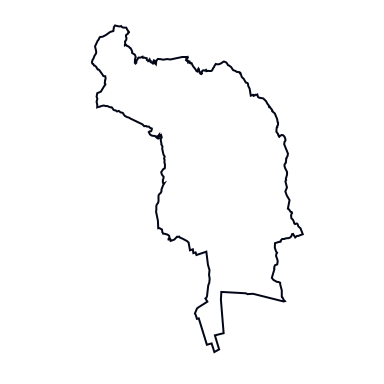 Turt, Satu Mare, Romania (Natural Earth projection), rotated 277°
{"feature_id": "2599482B52636092588365", "entity_name": "Turt", "entity_type": "district", "adm_level": 2, "iso_a3": "ROU", "parent_name": "Romania", "parent_adm1": "Satu Mare", "projection": "natural_earth1", "projection_center": [23.217, 48.001], "detail": "fine", "context": "isolated", "style": "outline", "palette": "ink", "viewbox_px": 384, "rotation_deg": 277, "n_neighbors": 0, "source": "geoboundaries", "source_scale": "gbopen_adm2", "svg_char_len": 6074}
<svg xmlns="http://www.w3.org/2000/svg" viewBox="0 0 384 384"><g transform="rotate(277 192 192)"><path d="M348.1,101.4L347.5,100.4L347.5,98.6L347.9,95.3L346.1,94.4L342.2,94.3L340.9,91.3L337.3,87.4L335.2,84.3L334.7,82.0L334.0,81.4L331.8,80.7L330.8,80.0L324.7,78.0L319.8,79.8L317.9,79.9L315.2,78.6L312.3,77.9L311.0,77.2L308.6,76.9L307.6,77.2L307.1,77.7L307.0,78.4L305.7,79.2L305.7,79.9L304.6,81.6L302.2,83.4L302.1,83.9L302.3,83.9L301.8,85.0L297.5,89.0L296.7,89.4L296.2,90.5L296.3,91.8L294.3,92.4L292.6,92.3L292.4,92.1L289.0,92.2L288.7,92.8L288.0,92.9L286.3,91.9L280.5,89.3L278.5,85.9L275.0,85.7L273.0,86.7L269.9,86.3L267.1,87.3L264.5,87.6L264.9,88.2L265.2,89.6L266.2,91.3L267.1,93.9L266.8,95.8L267.0,97.5L266.1,100.3L266.3,101.9L265.5,102.8L264.1,104.0L263.7,104.8L263.7,106.2L262.8,107.8L263.6,109.4L262.3,111.4L262.2,113.4L262.0,113.8L260.1,115.2L259.1,116.5L258.9,117.4L258.4,118.4L258.2,120.2L257.4,121.9L253.1,134.6L251.5,136.5L251.9,138.4L251.5,138.9L251.6,141.4L250.7,142.2L250.1,144.4L249.2,144.5L247.5,144.1L247.2,143.8L247.2,143.1L246.9,142.4L246.2,141.8L244.1,143.2L243.4,144.3L243.0,145.7L243.1,148.4L241.7,150.2L241.0,151.6L241.0,152.3L241.4,152.6L241.7,152.5L241.8,151.7L242.4,151.2L242.3,150.8L242.9,150.3L243.2,151.4L244.8,152.4L243.8,152.5L243.4,152.9L243.5,153.5L243.9,154.1L244.6,153.8L245.0,154.3L244.4,154.6L242.9,154.3L242.5,154.7L242.7,155.2L242.4,155.3L240.9,154.5L238.8,154.9L236.2,155.8L235.6,155.7L233.6,157.1L231.1,157.2L226.3,158.9L224.9,159.6L224.6,160.1L223.6,160.6L221.8,160.2L220.5,160.9L217.9,161.0L216.5,161.7L213.6,162.1L212.0,162.0L211.4,160.8L207.9,159.0L205.6,160.0L203.6,162.0L201.9,162.0L200.4,161.6L197.6,162.0L196.7,162.7L197.2,163.4L195.2,162.5L190.7,161.4L188.7,161.6L187.0,160.9L186.4,160.2L185.1,159.4L184.2,159.2L178.7,159.9L177.0,159.6L175.3,158.6L173.6,158.3L169.7,158.8L168.1,158.7L159.2,161.7L151.9,162.9L152.2,164.1L151.3,166.1L151.3,166.5L150.8,166.9L148.3,167.5L147.8,168.1L147.1,168.5L147.2,170.5L146.8,171.9L146.8,172.8L145.8,174.6L144.0,175.2L142.6,174.4L141.2,174.6L142.0,174.9L142.9,175.9L142.0,176.6L140.9,176.8L142.2,179.5L142.8,180.4L145.8,182.6L145.6,183.4L146.2,184.7L145.3,185.5L144.6,188.1L142.7,193.0L141.4,194.8L133.9,197.1L135.2,199.8L131.5,200.8L132.5,202.9L130.0,204.1L134.5,213.5L121.7,216.7L116.6,218.9L111.8,219.0L108.1,220.1L104.1,220.2L101.2,219.5L90.8,219.6L89.0,219.3L88.0,218.3L85.0,220.6L78.3,212.4L76.9,211.1L71.7,209.7L70.7,210.5L66.7,212.4L67.4,214.1L42.2,225.4L44.1,229.9L35.9,233.7L39.1,238.1L52.5,232.2L55.7,240.6L88.7,233.8L96.4,233.3L98.0,257.5L97.9,258.2L97.4,259.5L98.4,265.0L94.5,296.4L95.0,297.5L96.1,296.1L98.4,294.7L98.5,294.1L98.9,293.9L105.3,293.1L110.8,290.9L112.7,290.5L113.2,288.9L113.2,287.1L114.7,283.5L116.5,281.7L125.5,283.2L126.3,282.8L126.7,283.0L127.8,282.8L129.5,283.4L130.5,285.4L133.7,285.5L135.5,284.9L138.8,283.2L141.0,283.3L142.0,283.9L143.2,282.7L146.8,281.0L151.3,280.6L153.7,285.7L153.4,285.8L153.5,286.0L155.1,286.3L156.3,287.2L156.6,289.3L157.5,290.9L158.0,293.6L158.7,294.8L160.1,296.0L162.3,296.4L162.7,297.4L159.5,300.0L161.0,301.3L161.5,303.1L163.6,307.1L169.2,304.1L170.8,301.8L173.0,300.7L173.5,299.8L173.4,299.3L172.7,298.3L173.2,297.4L175.3,296.5L176.7,295.6L178.1,293.8L180.8,293.2L182.3,293.4L183.3,293.9L184.3,293.3L184.3,292.3L186.5,290.4L186.9,289.8L187.1,289.2L195.8,289.8L200.1,286.5L203.9,284.6L208.1,285.7L214.0,283.4L215.4,284.0L216.3,283.5L220.8,284.2L223.5,283.9L226.9,281.6L229.1,280.6L230.6,280.5L232.6,281.6L232.8,281.4L235.3,281.6L236.5,281.3L237.1,281.8L237.8,281.7L239.0,282.4L241.7,282.6L250.6,277.7L252.9,277.7L254.6,278.5L256.3,278.1L258.1,277.1L259.3,275.8L259.5,275.0L259.5,274.0L258.7,273.1L258.7,272.6L257.4,271.9L257.5,271.7L259.3,270.5L260.1,270.3L262.1,268.4L266.1,268.2L266.9,268.8L267.6,268.5L269.1,269.2L271.5,268.9L271.9,268.4L274.6,267.7L280.1,264.6L282.0,261.7L282.4,261.6L282.8,261.8L284.1,260.6L284.7,259.8L285.6,259.3L285.6,258.2L286.2,258.0L286.5,258.1L286.6,257.8L287.3,257.6L289.0,255.9L291.2,254.4L293.5,251.4L293.8,248.1L293.7,247.3L294.5,245.8L296.6,245.0L296.3,244.7L296.2,244.1L296.4,243.6L295.9,242.9L295.4,242.4L295.8,241.7L295.1,241.2L295.8,240.6L294.8,238.6L301.6,236.6L303.9,235.0L306.5,234.2L307.0,233.5L307.2,232.1L310.9,229.3L311.1,228.8L312.2,227.4L316.2,225.5L316.3,225.3L315.9,224.9L316.7,224.4L316.7,221.7L317.5,220.2L318.0,217.9L320.7,215.7L322.0,213.5L322.3,212.2L324.0,211.0L324.8,210.0L325.3,208.4L325.3,207.5L323.1,205.0L322.0,203.0L321.8,201.1L322.0,200.0L319.8,198.9L318.6,198.6L317.3,197.8L315.8,197.4L314.6,196.6L314.3,195.7L314.2,193.0L314.0,192.8L313.7,191.5L314.9,191.0L314.0,189.8L314.0,189.2L314.2,188.8L314.1,188.2L312.6,186.9L310.9,187.5L310.2,186.8L310.4,186.0L311.3,185.2L314.0,184.0L314.6,184.0L315.3,183.4L314.2,183.0L313.1,183.2L312.2,182.8L312.6,181.7L314.2,180.5L317.2,177.5L319.8,175.9L319.5,175.1L320.0,174.8L319.7,174.3L319.9,173.6L321.3,173.5L321.3,173.2L320.4,172.3L321.9,171.9L322.2,170.9L321.5,171.0L322.1,170.0L322.9,170.1L324.0,170.9L324.7,171.0L325.0,171.5L325.6,171.2L325.4,170.7L324.6,170.3L324.7,169.8L325.3,170.0L324.8,165.8L320.9,154.4L320.9,151.0L319.8,147.3L320.0,144.9L319.9,141.9L317.9,140.6L314.8,140.6L315.5,140.0L314.8,140.0L315.2,139.4L317.4,138.6L317.8,138.7L318.0,138.1L316.1,137.7L316.0,137.2L315.1,137.6L314.8,137.5L315.5,136.5L315.7,135.5L316.0,135.3L316.1,134.9L316.4,134.7L317.1,134.9L317.3,134.3L318.5,133.7L317.5,133.1L317.0,133.0L316.7,132.7L317.1,132.5L317.0,132.0L317.6,131.1L319.3,130.7L319.3,129.7L319.6,128.3L319.2,127.1L320.3,126.5L319.2,124.7L318.9,123.3L319.0,122.8L318.5,122.2L317.3,121.9L315.9,121.0L313.3,120.9L312.6,120.3L313.3,119.5L313.9,119.8L315.1,119.3L317.4,119.3L318.9,119.7L319.6,119.5L321.2,118.6L321.6,118.1L322.4,116.1L322.9,115.5L324.3,115.5L327.2,113.6L327.5,112.7L328.5,111.7L329.2,109.5L330.0,108.8L330.0,108.2L329.3,107.5L329.5,107.4L331.1,107.6L333.2,107.2L335.1,108.2L337.0,108.2L338.2,107.5L339.5,107.4L340.2,107.8L341.1,109.0L342.2,109.2L342.7,110.0L343.0,110.0L343.1,109.6L344.1,109.0L344.2,108.7L347.1,106.7L346.8,103.6L347.2,102.4L348.1,101.4Z" fill="none" stroke="#020617" stroke-width="2"/></g></svg>